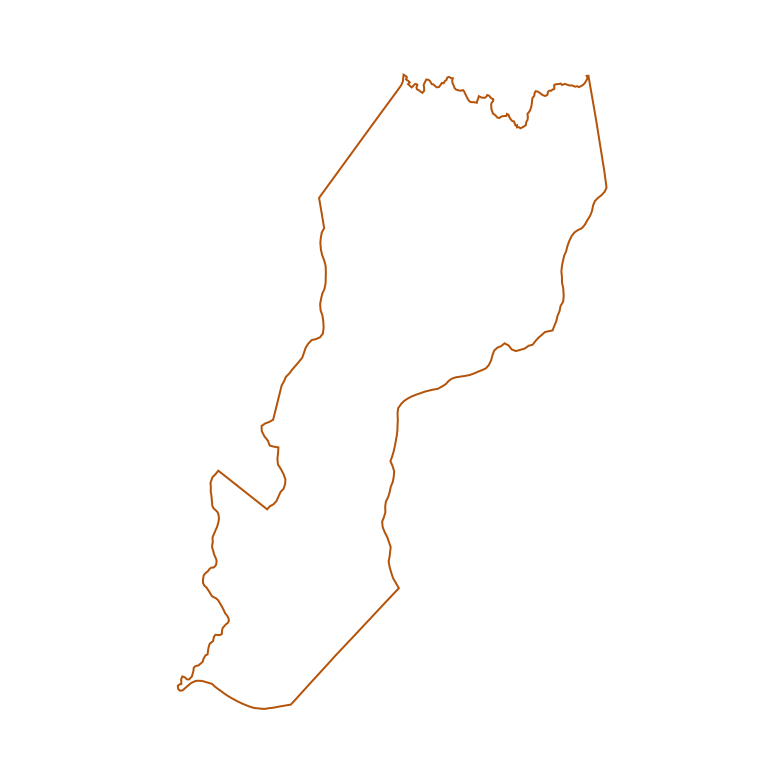 outline of Manaquiri, Amazonas, Brazil, rotated 171°
{"feature_id": "56859067B81028686710447", "entity_name": "Manaquiri", "entity_type": "district", "adm_level": 2, "iso_a3": "BRA", "parent_name": "Brazil", "parent_adm1": "Amazonas", "projection": "equal_earth", "projection_center": [-60.676, -3.744], "detail": "fine", "context": "isolated", "style": "outline", "palette": "amber", "viewbox_px": 768, "rotation_deg": 171, "n_neighbors": 0, "source": "geoboundaries", "source_scale": "gbopen_adm2", "svg_char_len": 5465}
<svg xmlns="http://www.w3.org/2000/svg" viewBox="0 0 768 768"><g transform="rotate(171 384 384)"><path d="M316.3,686.4L318.1,679.7L320.4,676.2L363.3,633.6L419.0,578.0L418.7,547.3L421.8,543.3L423.6,538.0L424.8,533.4L425.3,526.4L424.9,520.9L423.7,515.2L423.2,509.8L423.8,504.5L424.9,498.2L426.0,492.4L428.0,487.1L430.7,483.1L432.7,478.3L434.6,472.9L435.1,466.7L434.1,461.3L434.2,455.2L434.8,449.2L436.5,443.3L440.1,440.0L444.3,439.0L448.5,438.7L452.5,435.7L455.8,431.9L458.2,427.3L460.6,422.8L467.6,416.6L472.7,412.4L475.4,409.6L479.8,406.4L482.1,402.6L485.3,398.6L499.1,366.0L503.2,364.5L507.6,363.6L511.5,361.7L512.1,356.5L510.3,351.0L507.5,346.1L506.5,341.1L502.3,339.2L498.2,337.9L499.5,332.0L501.0,326.9L501.3,320.9L500.0,318.1L499.2,316.2L497.4,311.0L496.3,305.2L497.2,300.9L499.6,296.2L503.1,293.5L508.6,285.1L512.1,282.4L515.9,281.1L519.0,278.5L561.2,324.3L564.5,321.3L568.0,318.8L570.9,313.4L571.0,310.5L571.5,307.5L572.0,304.7L571.9,301.5L572.1,297.9L572.4,293.5L572.6,290.6L571.9,288.0L570.1,285.8L568.6,283.8L568.0,281.6L567.9,279.3L568.2,276.3L569.1,273.8L569.8,271.9L571.5,268.5L572.9,266.6L574.2,264.3L575.8,261.9L577.1,259.8L577.6,257.9L577.8,254.8L578.9,251.9L579.3,249.7L579.1,247.6L578.6,244.8L578.6,242.6L577.8,240.0L577.1,237.1L577.1,234.8L578.2,231.6L580.8,229.4L583.0,229.7L585.1,228.8L587.0,226.8L589.4,225.4L591.0,224.3L592.1,222.9L593.4,219.1L593.9,215.7L592.9,212.8L591.1,210.7L588.7,205.3L587.3,201.7L586.1,200.4L583.7,198.9L581.5,196.2L580.1,192.4L578.8,189.2L578.1,187.1L576.7,182.3L575.3,179.9L574.2,176.8L574.3,174.2L575.6,172.5L577.8,171.3L581.5,168.3L582.7,165.4L583.1,162.7L584.6,161.8L586.8,161.9L589.7,162.7L591.5,161.0L592.4,158.6L593.1,156.8L594.8,155.8L596.5,155.0L597.7,153.0L598.9,150.1L599.8,147.1L600.6,144.5L602.7,143.9L605.2,140.9L606.5,138.1L608.2,136.9L609.8,136.0L611.5,134.9L613.0,135.1L614.9,134.6L616.4,133.3L617.1,130.4L618.3,127.8L619.5,125.2L622.7,122.7L625.0,123.2L626.5,125.4L628.9,126.7L630.4,124.4L630.8,122.0L631.1,119.4L633.2,119.2L634.9,118.1L634.9,114.7L633.4,113.0L630.9,112.9L625.8,116.1L623.8,117.3L621.4,118.8L616.4,120.2L614.0,120.0L610.2,119.2L603.0,115.8L601.2,115.0L599.8,113.6L598.4,111.6L595.4,108.5L592.4,105.6L589.9,103.0L587.4,100.7L584.1,97.9L578.1,93.3L573.4,90.1L567.4,86.5L564.2,84.9L561.7,84.0L556.1,82.5L552.3,81.7L550.5,81.8L548.1,81.8L544.0,81.6L537.6,81.8L529.1,81.9L526.2,81.9L521.4,85.7L516.8,89.4L504.9,99.0L483.5,116.0L481.3,117.8L474.5,123.3L458.8,135.4L453.2,139.7L416.6,168.2L401.3,180.0L403.4,185.6L405.4,190.8L406.4,196.7L407.1,202.8L407.2,207.9L405.5,212.6L402.9,221.9L404.8,232.5L406.6,237.9L407.7,242.9L407.4,248.2L404.9,252.5L402.7,257.1L402.0,262.7L400.5,267.6L397.4,272.0L395.2,276.6L393.3,281.6L390.6,286.0L388.9,290.9L387.6,296.1L388.4,301.7L389.7,306.8L387.2,311.3L385.1,315.7L383.0,320.9L379.4,331.2L377.9,336.7L377.3,339.9L375.9,346.9L375.2,353.0L373.8,357.9L370.0,361.8L366.5,364.3L362.1,366.2L358.2,367.5L353.5,368.5L344.0,370.2L340.1,370.5L335.7,370.8L331.7,370.8L327.0,372.5L323.2,374.1L319.7,376.9L316.0,378.7L311.8,379.4L302.4,379.3L297.8,379.5L293.6,380.3L288.6,381.6L284.7,382.4L280.8,383.6L277.4,386.4L274.5,390.7L272.3,395.6L269.9,399.8L266.3,402.2L262.3,403.1L258.5,405.3L254.8,402.5L252.5,398.2L248.6,395.9L244.1,396.4L239.5,397.0L235.3,399.1L231.0,399.6L227.8,402.6L224.3,405.5L220.6,407.7L216.8,410.2L209.2,410.5L203.9,419.3L201.9,424.3L199.2,428.5L197.5,433.3L194.2,437.3L192.7,443.0L192.0,450.7L192.3,456.5L191.5,462.0L191.2,467.4L189.7,473.0L187.9,477.8L186.0,482.5L183.4,486.5L181.3,491.4L178.7,496.2L175.6,500.7L172.3,503.8L168.4,505.7L164.2,506.9L160.7,509.9L157.4,514.1L154.0,518.0L151.5,522.4L149.6,527.5L147.1,531.7L143.6,534.3L139.6,536.5L136.1,539.3L133.5,543.0L133.1,559.5L133.2,608.1L133.3,620.3L133.9,656.5L135.6,656.6L135.0,654.5L136.3,652.6L138.3,650.1L139.6,649.0L140.9,648.2L143.0,647.4L145.0,646.7L146.6,647.9L149.0,647.8L150.5,648.9L152.0,649.6L154.0,649.8L156.3,651.0L158.6,652.1L161.4,651.5L162.5,653.1L164.0,653.0L165.8,653.0L167.4,653.2L169.1,652.7L169.7,648.7L171.5,648.4L172.9,647.5L174.8,647.9L176.3,646.9L177.4,644.1L179.8,643.2L182.3,644.7L183.5,646.0L184.7,647.2L186.3,648.7L188.4,649.5L189.7,647.8L190.6,645.0L192.5,643.4L193.3,641.2L194.0,638.3L194.9,635.5L195.7,633.7L197.1,631.1L198.7,629.5L200.0,628.5L200.2,624.9L200.9,622.4L202.4,620.7L203.5,617.4L206.2,616.2L209.2,615.2L210.9,616.7L212.5,616.7L212.1,618.9L213.7,618.8L214.2,621.1L214.5,623.0L216.1,623.6L217.4,625.6L218.5,628.2L218.9,630.4L220.3,631.5L221.2,629.6L223.3,629.9L225.1,629.9L226.8,629.7L228.4,628.6L230.3,629.4L232.2,632.3L234.0,633.9L234.4,635.9L234.9,638.6L234.6,641.4L234.4,643.6L233.5,645.1L232.1,646.3L231.5,648.2L233.5,649.5L235.1,652.4L236.8,653.2L238.0,651.7L239.9,650.9L242.9,651.7L245.3,653.4L246.5,650.8L247.5,649.3L248.3,647.3L251.2,648.3L254.1,648.8L255.3,649.8L256.5,652.0L258.5,658.2L259.0,660.3L260.1,662.0L261.9,661.6L263.4,662.0L265.4,662.8L267.0,663.7L268.0,665.3L268.5,668.0L269.3,670.7L269.1,673.4L268.2,675.2L269.9,675.6L271.7,677.1L273.6,676.8L274.6,674.7L276.6,673.6L278.0,671.7L279.7,672.3L281.5,670.4L283.3,668.7L285.6,668.8L287.2,670.7L288.4,672.2L289.9,672.7L291.2,676.0L292.6,677.6L294.6,678.1L296.5,675.5L298.0,673.3L298.1,669.9L298.5,667.3L300.5,665.6L302.2,667.1L303.4,668.5L305.4,670.0L305.5,672.0L304.2,674.3L305.8,675.5L307.3,674.9L308.5,673.8L310.3,672.6L311.6,674.2L313.3,676.5L311.4,677.8L312.7,679.7L314.6,681.4L313.4,683.4L314.8,685.2L316.3,686.4Z" fill="none" stroke="#b45309" stroke-width="2"/></g></svg>